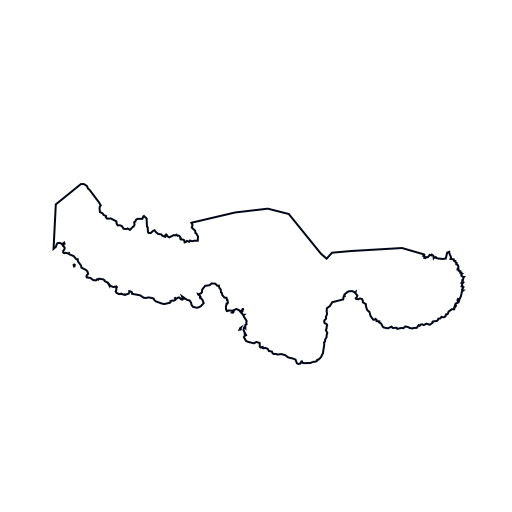 Pomio District, East New Britain, Papua New Guinea, rotated 51°
{"feature_id": "67681753B79338306732955", "entity_name": "Pomio District", "entity_type": "district", "adm_level": 2, "iso_a3": "PNG", "parent_name": "Papua New Guinea", "parent_adm1": "East New Britain", "projection": "mercator", "projection_center": [151.576, -5.258], "detail": "fine", "context": "isolated", "style": "outline", "palette": "ink", "viewbox_px": 512, "rotation_deg": 51, "n_neighbors": 0, "source": "geoboundaries", "source_scale": "gbopen_adm2", "svg_char_len": 6151}
<svg xmlns="http://www.w3.org/2000/svg" viewBox="0 0 512 512"><g transform="rotate(51 256 256)"><path d="M295.1,204.1L244.0,204.1L226.6,217.1L209.1,244.7L189.5,285.3L191.9,285.8L193.5,288.0L198.1,287.4L200.1,288.6L201.1,288.2L204.5,288.9L207.5,291.7L205.3,294.3L204.3,296.4L202.4,297.6L202.8,299.1L200.8,300.2L200.9,302.0L200.5,302.9L198.6,301.9L197.5,302.3L195.6,304.1L195.0,304.0L194.7,303.2L192.4,302.9L191.5,303.2L190.9,304.3L189.4,304.4L189.2,305.8L188.1,306.6L186.9,311.7L184.0,312.7L183.2,312.0L182.7,312.2L182.7,313.2L183.9,314.5L181.3,316.0L179.6,316.0L177.4,318.1L174.4,318.8L172.2,318.6L171.7,320.2L171.9,323.2L170.6,325.0L169.4,324.9L165.7,322.2L164.5,322.2L158.0,317.4L154.4,317.9L154.3,318.6L155.6,320.9L152.5,324.8L152.4,326.6L153.3,328.1L153.1,329.4L155.2,330.7L156.1,332.5L155.8,333.2L156.4,337.5L153.8,338.4L153.7,339.5L151.8,341.5L151.2,341.8L148.9,341.4L147.8,341.7L146.4,342.5L145.2,344.2L143.2,344.0L141.2,342.7L135.5,345.2L133.3,348.2L131.5,348.3L130.6,347.4L128.2,348.6L126.4,348.4L123.6,349.6L120.5,347.6L119.3,346.2L119.0,344.8L115.7,344.3L99.8,343.7L98.2,344.1L95.1,343.4L91.9,344.4L89.9,346.8L89.9,379.1L123.0,408.8L122.9,405.7L121.5,403.6L121.1,402.2L122.5,400.1L124.8,399.2L124.9,396.7L125.9,397.1L125.2,398.2L125.5,399.4L126.4,399.5L126.2,398.3L126.9,399.4L129.2,399.5L130.1,400.5L130.8,402.7L132.1,403.7L133.2,403.2L133.8,401.8L135.6,400.6L136.0,399.6L136.6,400.1L137.8,399.7L141.2,397.8L145.2,397.7L146.2,397.2L146.3,396.7L148.3,397.8L153.5,398.0L155.1,399.0L160.2,396.8L162.1,396.8L164.3,397.7L164.4,399.6L165.4,400.8L166.2,401.0L168.6,398.6L172.4,397.6L174.3,395.6L174.0,394.3L174.5,393.5L175.1,393.5L174.9,392.2L178.0,389.5L179.5,389.0L180.4,389.4L183.3,388.0L186.3,388.5L185.6,387.9L187.7,387.9L189.8,386.7L190.6,386.1L191.1,384.7L192.2,384.6L192.0,383.7L192.6,383.7L192.6,384.6L194.2,385.6L195.2,387.4L196.8,387.6L199.3,386.5L200.6,384.8L200.2,383.6L200.8,384.3L201.3,384.2L203.7,382.4L203.4,381.9L204.1,381.4L205.1,378.6L204.4,377.1L203.6,376.6L204.6,375.7L206.2,375.3L207.4,376.1L213.6,370.8L217.9,369.5L219.8,367.3L220.5,365.6L223.3,363.2L224.8,362.3L226.4,362.8L228.4,362.3L234.0,358.9L235.7,357.4L238.2,352.2L238.1,351.5L237.2,350.9L237.9,349.1L238.8,348.3L239.4,346.4L239.0,345.6L237.0,345.5L239.1,344.6L239.4,342.5L239.9,341.8L242.7,341.4L243.6,340.6L243.3,339.0L242.2,339.4L240.7,338.9L243.4,338.1L244.2,338.4L244.8,337.7L247.2,337.0L248.6,335.6L251.4,335.8L253.2,336.8L255.7,337.0L258.6,334.9L259.6,333.5L260.3,330.6L259.7,326.3L256.7,325.3L254.2,325.3L253.6,325.9L252.8,325.6L252.5,324.7L250.3,324.7L249.7,325.2L249.0,325.0L249.7,324.5L250.4,321.9L250.0,320.6L248.2,318.9L247.2,314.3L249.5,310.4L249.4,307.7L252.0,305.0L254.8,304.8L255.6,303.5L257.5,304.5L259.9,304.5L262.2,306.1L262.9,305.7L265.2,306.8L268.5,306.7L269.9,305.2L272.7,306.7L271.5,305.5L274.7,307.3L275.0,308.5L274.5,308.9L276.4,311.2L278.6,312.9L280.4,313.3L281.0,312.7L280.9,311.8L283.7,308.7L284.9,304.5L290.3,302.0L288.9,300.3L288.8,299.7L289.5,298.9L289.2,300.1L290.6,301.5L290.6,302.2L289.7,303.2L293.4,303.1L294.1,302.3L294.1,303.1L295.2,303.5L300.7,304.2L301.5,305.4L303.1,306.3L302.9,307.8L305.1,309.5L304.3,309.5L304.0,310.1L305.6,312.3L307.8,312.8L310.2,314.2L310.6,314.0L310.2,313.3L311.3,313.5L310.9,315.1L311.5,316.5L315.7,317.2L317.5,316.4L322.6,312.5L323.0,309.8L326.0,307.9L328.5,309.9L329.9,310.1L330.8,308.1L331.7,308.8L332.3,308.5L333.1,306.8L334.9,305.6L336.2,305.4L338.0,305.8L340.2,303.8L342.2,304.3L343.3,303.9L344.6,302.2L346.2,301.2L348.1,298.1L351.4,295.7L355.1,294.8L359.1,291.7L361.4,290.5L365.0,291.7L366.6,291.1L367.5,289.2L366.5,287.1L366.8,286.6L368.4,287.0L369.4,286.2L373.3,281.2L374.3,278.0L375.0,277.3L375.8,275.3L375.8,274.3L375.2,273.7L375.9,272.5L375.5,269.1L373.6,265.1L367.9,258.8L366.0,257.5L365.9,256.2L364.4,254.8L363.5,252.3L361.6,250.5L360.8,249.1L357.5,248.3L356.5,246.4L355.5,245.8L354.6,244.2L353.3,244.0L351.5,244.9L349.8,244.3L349.1,243.3L348.8,240.9L347.3,240.0L345.8,237.3L343.2,235.7L341.2,233.8L341.4,230.2L339.9,225.8L344.6,215.6L342.5,213.2L343.0,212.3L341.6,211.6L341.5,207.5L342.0,205.7L344.0,203.2L346.6,202.0L346.6,201.2L347.4,202.2L350.5,202.1L351.7,204.1L351.6,205.1L352.4,205.2L353.9,203.9L354.4,201.9L356.2,200.7L358.1,201.2L359.2,202.1L362.6,200.9L363.7,201.9L367.0,203.3L368.5,203.6L370.7,203.0L374.6,204.7L379.2,205.0L380.1,204.1L380.1,202.7L381.5,202.5L382.5,203.3L384.4,201.3L385.0,202.1L387.2,201.3L391.0,202.0L392.0,201.7L395.2,199.0L396.2,195.1L397.9,195.1L400.3,191.9L401.4,192.1L401.8,191.6L403.3,188.5L404.9,186.8L404.7,184.3L407.3,182.3L408.5,182.0L410.8,180.0L411.1,178.8L413.0,176.3L412.1,173.2L413.2,172.7L412.9,171.2L413.6,169.9L415.3,169.1L415.8,166.2L418.8,164.2L419.0,160.7L418.3,160.4L418.2,159.7L420.3,156.3L420.2,154.9L419.5,153.8L420.5,152.0L420.0,150.1L421.5,149.0L422.1,147.9L422.1,146.6L420.9,145.3L421.7,144.0L421.5,143.0L420.4,141.3L420.6,137.3L422.1,135.7L422.0,135.2L420.8,134.4L418.6,130.8L419.5,127.8L418.2,125.8L417.4,126.1L417.5,127.4L417.1,127.2L416.5,126.0L417.8,125.3L416.2,122.0L413.2,118.3L413.2,116.6L412.5,117.3L411.8,117.1L410.8,114.5L409.6,115.1L409.7,114.5L409.3,114.4L408.8,114.9L407.4,113.3L407.1,111.9L406.2,112.9L405.9,111.5L404.8,111.1L405.2,110.6L403.5,108.6L403.2,107.5L402.5,108.3L400.5,108.8L399.6,108.1L399.5,106.9L398.7,107.3L398.2,106.9L397.4,107.8L396.5,106.8L394.8,107.8L393.9,107.0L393.2,107.8L392.6,107.0L392.8,106.6L391.4,105.2L389.8,104.9L388.6,105.6L387.6,104.4L386.7,105.0L385.4,104.2L384.3,105.1L383.1,104.4L380.7,106.7L379.7,105.2L376.0,104.2L374.3,103.2L373.7,105.3L377.4,110.2L375.7,112.9L372.6,116.0L371.4,116.9L370.0,117.0L370.0,117.9L369.1,118.2L369.4,119.2L367.4,118.0L365.6,118.6L365.9,119.3L364.4,120.2L365.1,123.0L363.9,124.7L364.3,125.6L363.4,126.3L363.1,125.2L361.3,125.9L361.2,124.6L360.7,124.3L341.7,137.5L312.3,178.5L301.3,194.8L302.5,202.8L295.1,204.1ZM149.6,404.0L149.8,403.6L148.8,402.4L148.2,402.6L148.2,403.4L149.6,404.0ZM302.6,313.6L302.2,312.7L302.1,313.8L302.8,315.0L303.0,314.3L304.2,314.4L302.6,313.6ZM285.5,309.7L285.4,308.8L284.9,308.1L284.9,310.2L285.5,309.7ZM420.8,132.9L420.6,132.0L420.1,131.8L420.0,132.2L420.8,132.9Z" fill="none" stroke="#020617" stroke-width="2"/></g></svg>